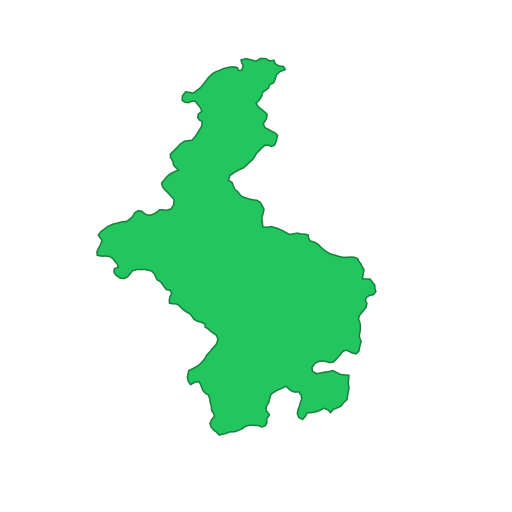 Itanhomi, Minas Gerais, Brazil, rotated 46°
{"feature_id": "56859067B79875314448705", "entity_name": "Itanhomi", "entity_type": "district", "adm_level": 2, "iso_a3": "BRA", "parent_name": "Brazil", "parent_adm1": "Minas Gerais", "projection": "equal_earth", "projection_center": [-41.828, -19.148], "detail": "fine", "context": "isolated", "style": "filled", "palette": "green", "viewbox_px": 512, "rotation_deg": 46, "n_neighbors": 0, "source": "geoboundaries", "source_scale": "gbopen_adm2", "svg_char_len": 4570}
<svg xmlns="http://www.w3.org/2000/svg" viewBox="0 0 512 512"><g transform="rotate(46 256 256)"><path d="M142.2,105.4L138.7,104.6L135.2,107.6L130.9,108.6L127.7,107.1L125.0,110.7L120.9,111.8L117.0,115.5L115.9,120.7L112.9,122.4L110.5,123.9L107.0,126.2L104.6,130.6L107.1,132.0L110.1,132.9L112.5,137.4L110.2,139.8L107.7,138.5L104.9,140.2L102.0,143.4L100.3,146.4L98.5,149.3L97.2,153.3L95.8,156.4L94.6,160.4L94.6,165.9L95.3,171.0L96.0,174.8L96.3,179.7L95.7,184.2L95.2,188.2L92.2,190.1L89.0,192.6L89.7,197.7L92.8,201.1L96.1,200.3L98.7,198.2L100.1,194.8L102.2,192.2L106.7,192.6L111.0,193.1L114.4,194.5L113.8,198.8L115.9,201.8L119.0,202.2L122.0,201.2L124.9,204.9L126.4,210.8L127.7,216.0L128.3,221.7L126.0,224.5L123.7,227.8L122.9,232.7L123.2,238.3L123.2,246.9L125.5,248.9L130.3,250.2L133.4,252.2L137.0,252.3L140.4,252.0L138.8,255.9L137.4,259.9L137.0,263.4L137.3,267.3L137.9,273.2L141.3,275.2L144.9,275.6L147.9,275.4L155.0,275.6L158.6,275.8L161.8,279.4L163.1,284.3L160.8,288.9L158.2,290.9L155.9,293.0L155.3,298.4L153.7,303.0L150.7,306.0L147.5,306.8L144.2,307.1L141.5,309.4L140.7,313.0L142.0,318.0L141.4,324.7L138.4,328.6L136.4,332.1L133.6,337.0L131.8,342.0L131.3,346.3L130.7,351.0L131.5,355.0L134.1,355.4L137.5,355.7L139.7,359.5L140.7,362.7L142.4,367.5L145.2,369.7L148.5,367.5L151.4,364.4L154.7,361.6L158.2,360.8L161.3,361.2L165.1,361.4L168.4,362.7L166.8,366.7L168.6,369.2L171.7,370.1L174.5,369.7L177.5,369.1L180.7,366.5L181.8,362.7L181.3,359.4L180.8,355.2L183.2,350.7L186.1,348.0L188.2,345.4L190.9,343.8L193.9,341.7L197.8,341.4L202.0,342.9L204.6,343.7L208.3,342.5L213.1,343.3L217.8,343.8L221.0,341.7L224.2,342.5L225.5,346.1L227.3,348.8L229.8,351.0L232.6,349.1L234.8,346.8L237.7,345.7L242.0,345.7L245.7,345.4L248.2,344.8L251.6,343.7L255.0,344.0L258.2,344.6L262.2,343.5L266.0,341.2L269.4,340.1L271.9,342.0L275.1,341.0L278.3,340.9L282.1,340.3L285.9,339.5L289.8,341.6L292.0,346.2L292.3,351.8L292.9,356.3L293.0,360.2L294.4,364.5L294.8,369.6L294.8,373.3L293.3,378.9L291.7,384.0L293.4,386.5L295.3,389.4L299.2,391.8L303.1,392.4L304.4,387.5L306.5,384.5L309.2,384.8L311.6,385.8L315.5,387.6L319.9,387.7L322.7,386.8L326.4,388.3L329.2,390.5L333.2,392.6L336.5,395.4L339.3,395.7L342.3,397.0L343.0,401.9L344.5,405.5L347.8,407.0L351.6,407.4L355.0,406.8L359.3,406.8L362.5,401.3L364.5,396.8L367.5,393.6L369.3,389.4L370.7,386.0L371.2,381.7L373.8,377.5L376.8,374.7L379.7,372.0L383.2,370.5L384.5,367.3L383.6,364.1L380.6,361.4L379.7,356.7L376.5,356.2L373.6,355.7L371.3,352.9L370.4,349.0L368.5,345.9L365.8,341.2L367.1,334.7L369.0,329.3L370.6,324.8L373.2,324.7L375.9,324.7L378.9,323.8L381.2,322.3L383.4,319.6L387.9,320.4L390.5,322.4L392.4,326.1L394.2,329.1L395.8,332.7L398.0,335.7L401.8,337.4L405.9,336.1L405.7,331.8L404.4,328.3L406.9,325.2L409.7,321.2L411.6,317.0L412.8,312.8L417.1,311.0L420.4,311.3L420.0,307.1L421.6,303.2L423.0,299.5L422.4,294.7L422.5,290.2L419.1,285.8L415.5,280.7L412.1,278.4L409.3,275.4L406.4,272.0L403.4,274.6L399.6,277.7L396.0,278.8L391.8,280.3L389.3,284.7L386.9,287.7L385.1,290.8L382.7,294.1L378.3,295.5L375.1,293.2L374.2,287.7L375.8,283.2L378.8,280.2L381.4,278.4L383.9,277.1L386.1,273.7L386.0,269.2L385.5,264.6L385.0,259.7L386.4,256.5L389.2,255.3L393.0,254.0L396.0,251.9L395.9,248.0L392.7,243.5L390.5,239.7L387.1,238.5L384.6,236.5L382.0,232.6L378.5,229.2L375.7,227.3L372.7,226.2L370.6,223.1L370.1,218.0L369.5,212.8L367.1,209.1L364.3,208.3L362.5,205.7L363.2,201.8L365.5,198.2L364.9,194.5L361.9,193.0L359.4,190.7L356.1,190.5L351.8,189.9L348.9,193.0L346.1,195.2L343.4,191.3L340.8,187.8L337.5,187.1L334.7,186.1L331.2,185.6L328.4,184.7L325.4,186.0L322.9,188.2L320.6,190.9L317.6,194.2L313.3,197.0L309.8,198.8L307.5,200.5L304.0,201.7L299.5,202.8L294.6,203.2L290.5,203.2L286.7,204.3L283.2,206.4L280.1,206.0L277.1,203.8L274.2,205.7L271.5,208.3L268.3,210.3L266.1,213.6L263.9,216.8L260.2,218.1L256.4,219.2L253.9,220.2L250.4,221.7L245.5,224.5L242.3,228.9L239.7,230.8L236.3,228.1L232.6,225.3L230.5,221.7L228.0,217.8L224.1,216.6L220.2,215.6L216.3,216.8L213.5,219.2L210.0,221.4L206.0,223.6L202.6,225.0L199.7,224.8L196.9,224.4L193.9,225.0L190.3,223.8L186.5,222.1L182.2,223.2L180.0,218.9L180.8,213.8L182.3,208.2L183.9,203.8L184.1,199.9L184.1,195.4L184.3,191.3L183.6,187.9L182.5,184.4L182.5,180.7L182.3,176.7L182.6,172.5L185.0,170.1L188.0,168.7L189.1,165.6L187.3,161.2L184.2,156.7L180.4,156.8L177.3,158.0L173.8,159.1L169.7,160.4L166.0,158.9L164.6,153.4L161.8,149.5L157.2,149.8L151.9,150.5L149.1,150.5L146.2,149.8L146.2,145.8L145.2,141.6L142.9,137.1L143.9,130.9L142.3,126.6L143.7,123.1L142.0,119.1L139.8,115.2L140.0,110.7L142.2,105.4Z" fill="#22c55e" stroke="#15803d" stroke-width="1.5"/></g></svg>